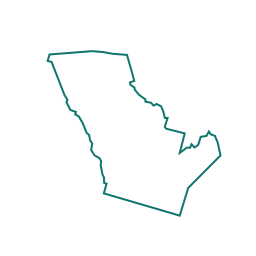 Clinton, Pennsylvania, United States of America, rotated 197°
{"feature_id": "52423323B29093736959677", "entity_name": "Clinton", "entity_type": "district", "adm_level": 2, "iso_a3": "USA", "parent_name": "United States of America", "parent_adm1": "Pennsylvania", "projection": "albers", "projection_center": [-77.638, 41.221], "detail": "fine", "context": "isolated", "style": "outline", "palette": "teal", "viewbox_px": 256, "rotation_deg": 197, "n_neighbors": 0, "source": "geoboundaries", "source_scale": "gbopen_adm2", "svg_char_len": 911}
<svg xmlns="http://www.w3.org/2000/svg" viewBox="0 0 256 256"><g transform="rotate(197 128 128)"><path d="M52.9,59.3L52.9,88.3L31.5,128.8L38.0,140.3L42.6,145.9L46.9,146.1L49.6,148.3L50.6,143.4L55.9,140.8L55.9,132.4L58.7,128.8L62.5,131.0L62.8,127.4L66.0,126.4L71.2,119.3L72.2,139.4L91.3,138.5L93.1,139.8L93.1,149.2L95.7,148.4L99.3,154.5L102.8,158.5L107.7,159.3L110.1,156.9L113.3,158.9L119.0,158.3L119.7,160.4L127.3,163.0L132.7,166.6L133.6,168.5L138.4,170.1L139.5,172.1L135.8,174.9L140.1,181.8L149.2,195.8L150.3,197.6L164.3,194.5L173.7,193.4L184.7,191.0L224.5,175.4L224.5,168.7L220.4,168.8L198.3,140.9L194.0,137.1L194.5,134.8L188.4,128.4L182.5,128.1L182.5,125.7L178.3,124.6L172.5,119.2L166.3,111.4L163.1,109.9L160.8,105.3L157.7,102.7L156.8,96.2L152.1,92.1L146.5,90.8L143.8,88.2L143.4,84.7L138.9,76.2L136.6,73.8L134.8,68.5L132.2,68.5L132.0,58.4L52.9,59.3Z" fill="none" stroke="#0f766e" stroke-width="2"/></g></svg>